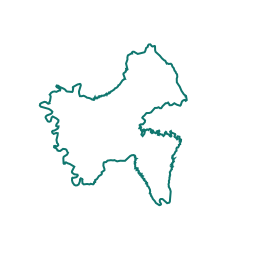 Bokong, Thaba-Tseka, Lesotho, rotated 133°
{"feature_id": "5366337B35229058377929", "entity_name": "Bokong", "entity_type": "district", "adm_level": 2, "iso_a3": "LSO", "parent_name": "Lesotho", "parent_adm1": "Thaba-Tseka", "projection": "orthographic", "projection_center": [28.644, -29.377], "detail": "fine", "context": "isolated", "style": "outline", "palette": "teal", "viewbox_px": 256, "rotation_deg": 133, "n_neighbors": 0, "source": "geoboundaries", "source_scale": "gbopen_adm2", "svg_char_len": 5934}
<svg xmlns="http://www.w3.org/2000/svg" viewBox="0 0 256 256"><g transform="rotate(133 128 128)"><path d="M157.0,208.0L157.0,207.3L157.8,205.9L161.4,203.5L162.9,203.1L163.4,202.2L164.7,202.9L165.0,205.6L165.9,207.0L168.6,208.3L170.3,208.7L171.7,207.8L171.9,206.4L168.1,199.0L167.6,196.8L167.6,194.5L168.7,193.9L170.4,194.0L173.9,195.8L175.5,196.0L176.4,195.6L176.8,194.8L177.8,191.2L177.2,189.9L175.8,189.2L172.3,191.0L170.9,190.9L169.8,186.8L169.7,184.2L171.0,183.2L174.2,182.8L175.5,182.0L175.5,181.3L174.2,179.9L175.2,179.2L176.6,179.0L180.1,180.1L181.4,181.1L182.4,181.1L183.1,180.1L183.0,178.3L180.5,177.1L179.7,175.8L181.4,174.5L185.5,172.2L187.3,169.7L187.4,168.4L188.1,167.3L189.5,167.3L190.1,167.8L190.7,169.1L191.5,169.7L192.5,169.0L192.5,168.3L191.9,167.0L192.1,164.6L192.5,164.3L192.0,163.0L191.0,161.9L187.6,161.3L186.2,159.4L185.9,158.3L187.0,155.6L187.0,155.0L189.0,154.4L192.9,155.4L194.2,154.7L197.8,151.0L197.9,150.5L197.2,149.8L195.9,150.3L195.4,149.9L195.0,148.2L194.0,146.0L192.9,140.9L197.7,139.5L198.4,139.1L198.8,138.2L198.5,135.7L196.6,133.1L197.0,132.3L198.6,132.1L199.5,132.4L201.9,134.1L202.1,134.6L202.8,134.7L204.5,133.2L205.7,131.2L206.2,128.4L205.7,127.1L204.8,126.2L203.0,125.6L200.0,126.7L198.2,128.1L197.0,128.2L196.5,126.7L196.7,126.1L197.5,125.8L199.5,123.5L199.4,121.9L196.8,119.7L195.4,117.6L194.3,117.3L193.0,115.1L191.8,115.0L191.0,115.7L190.1,115.2L189.8,115.9L188.9,115.8L188.5,116.5L186.4,115.9L183.1,116.5L180.3,115.7L179.3,115.9L178.4,117.1L175.0,116.4L174.0,117.3L172.4,120.3L170.4,121.9L169.3,122.1L167.9,120.8L165.8,120.7L163.2,118.6L161.8,116.7L160.8,116.1L159.8,113.2L157.4,111.5L154.0,107.8L147.0,107.3L145.4,106.7L143.9,105.4L143.5,104.1L143.7,103.5L144.5,103.4L144.9,102.7L144.6,102.3L145.1,101.5L144.8,101.0L146.0,101.2L146.3,100.5L147.9,100.2L148.2,99.1L148.7,99.4L149.3,98.5L149.7,98.6L150.2,97.4L151.6,96.3L151.7,95.5L152.5,95.2L151.4,94.2L152.6,93.3L152.3,93.2L152.4,92.9L151.8,92.8L152.4,92.4L152.1,92.1L152.0,91.1L152.5,90.8L152.5,90.3L153.6,89.9L153.7,89.4L152.8,89.6L153.5,89.0L152.8,88.1L153.8,87.2L152.6,86.6L153.6,86.0L153.2,85.7L153.0,84.3L154.3,84.4L154.2,83.8L154.6,83.4L154.6,82.8L154.2,81.6L154.7,81.4L154.4,80.8L154.8,80.2L155.2,80.3L155.2,78.8L154.9,78.3L155.4,77.6L155.2,76.9L156.3,76.8L155.9,75.6L157.2,74.4L156.9,73.1L158.1,70.0L159.3,68.5L161.0,67.5L160.7,66.6L161.4,65.8L161.5,64.9L162.0,64.6L162.2,63.0L162.9,61.7L163.2,58.4L163.8,56.5L163.1,52.5L162.0,51.8L161.2,51.9L160.8,52.5L160.5,53.9L159.6,55.2L158.5,55.8L157.6,55.6L156.6,54.6L156.4,54.0L156.3,48.1L154.4,46.9L153.3,47.2L145.3,53.5L144.0,55.6L143.2,58.2L142.7,58.4L141.5,60.0L139.7,60.9L138.9,62.0L137.2,62.7L135.8,64.1L135.1,64.2L134.2,65.1L133.6,65.1L131.8,67.3L130.7,67.3L129.9,67.8L128.3,67.7L127.6,68.8L126.6,68.8L126.6,70.3L125.4,69.5L125.2,71.3L124.4,70.9L123.9,71.8L122.5,71.5L121.7,72.3L121.1,71.8L120.4,73.2L119.3,73.3L120.2,73.7L120.1,74.8L119.8,75.3L119.2,75.1L118.8,76.0L117.9,76.1L117.8,76.5L115.7,76.3L112.8,77.2L111.5,77.0L110.1,78.5L109.0,78.9L107.9,78.1L106.1,78.7L105.6,79.3L104.3,78.8L103.8,79.5L101.5,80.3L100.3,81.3L100.5,82.1L101.7,82.0L99.3,84.4L100.3,86.1L101.6,85.6L102.2,84.3L102.8,84.4L102.4,86.5L102.7,87.7L102.5,88.3L100.6,88.9L100.3,89.4L101.7,93.2L101.0,94.5L101.9,94.7L104.2,90.8L104.8,90.7L105.2,91.0L105.3,92.1L104.9,93.4L105.6,95.5L106.2,96.2L106.0,96.6L105.0,97.0L105.0,97.7L106.3,97.7L108.5,96.5L109.7,96.6L109.5,98.5L110.2,99.4L110.6,101.1L111.1,101.2L112.1,100.6L112.6,101.5L111.2,102.5L108.9,102.9L108.7,103.5L110.9,104.7L112.3,103.9L112.9,104.1L113.5,106.3L112.8,108.0L113.0,108.4L113.7,108.0L114.6,106.6L115.4,106.9L115.5,108.4L113.8,109.6L113.4,110.6L113.7,111.4L114.9,111.8L115.5,111.5L116.0,113.1L117.6,113.4L118.2,115.4L119.0,115.8L119.8,115.0L119.2,113.5L119.5,113.0L121.1,112.1L123.9,111.8L123.7,113.7L121.5,114.6L120.9,115.4L120.7,117.1L119.5,118.4L120.4,119.5L119.8,119.7L118.5,119.1L118.1,120.3L118.3,121.1L117.9,121.5L116.8,121.3L115.0,119.6L112.2,119.7L110.8,120.7L110.8,124.5L109.6,124.8L107.8,124.5L104.5,124.7L102.4,122.6L100.8,121.8L95.0,122.0L93.5,120.5L92.0,119.8L91.7,118.1L90.8,117.2L88.4,117.6L84.3,117.4L82.8,116.0L82.1,116.0L82.4,114.2L82.9,113.5L82.8,112.9L81.4,111.6L78.3,111.0L77.7,108.3L76.2,105.1L75.4,105.0L72.1,106.5L70.8,106.6L69.1,106.0L68.7,105.5L68.8,104.3L67.5,104.1L65.3,107.0L65.6,107.3L65.1,107.7L65.4,108.1L65.1,108.7L65.3,110.0L64.3,114.3L62.5,118.3L61.3,123.4L58.7,126.0L57.0,126.8L55.3,128.7L55.0,130.7L54.4,131.5L54.3,133.1L53.0,135.4L52.8,137.4L51.8,139.2L51.8,140.5L53.5,142.0L53.8,143.3L54.5,143.6L53.4,146.6L53.8,147.7L53.9,150.6L53.4,154.0L53.5,159.7L52.7,161.1L49.8,164.0L49.9,164.5L51.7,165.7L51.9,166.5L51.6,168.7L52.7,169.7L54.0,169.7L55.1,168.9L57.2,169.3L59.4,168.1L60.9,167.6L61.7,167.8L67.2,171.4L68.2,175.7L69.1,176.6L70.1,176.6L70.7,175.8L71.3,176.4L75.0,177.6L76.8,176.6L78.3,175.1L82.2,173.4L85.5,168.3L86.0,168.4L86.3,169.4L86.9,168.6L87.5,168.7L88.2,168.1L91.1,168.5L91.8,168.1L94.0,163.8L94.3,164.3L94.9,164.0L96.9,164.5L102.2,163.7L103.4,164.2L104.2,163.7L106.3,163.8L108.1,164.6L109.1,164.3L112.5,165.1L112.9,165.4L114.4,165.2L114.6,165.7L115.1,165.5L115.3,166.0L115.9,165.6L117.3,166.4L117.9,166.2L117.7,166.7L118.2,166.6L118.2,167.2L120.2,167.3L120.4,167.8L121.2,168.0L122.3,169.3L123.0,169.1L123.8,169.6L123.8,170.3L124.4,170.7L124.6,170.2L125.4,170.1L125.9,170.8L127.2,170.7L127.6,171.2L127.3,171.8L128.3,172.7L128.0,173.2L128.7,173.0L129.0,172.3L129.8,173.1L130.6,172.1L130.9,172.3L131.8,174.0L131.9,175.3L132.7,177.1L133.8,178.7L134.0,180.5L134.7,182.5L136.4,183.6L137.5,184.9L136.2,187.2L134.7,188.8L129.0,191.6L128.4,192.5L128.5,193.2L130.6,194.6L135.6,196.2L136.2,195.8L136.2,195.3L138.8,193.5L139.7,193.4L142.9,197.5L143.1,198.5L142.8,199.9L143.1,201.9L144.5,205.8L144.7,207.9L145.5,209.1L146.5,208.8L146.7,207.8L145.7,204.4L146.0,203.7L146.9,203.3L147.4,203.9L150.4,205.0L151.3,206.6L152.9,207.8L154.8,208.2L157.0,208.0Z" fill="none" stroke="#0f766e" stroke-width="2"/></g></svg>